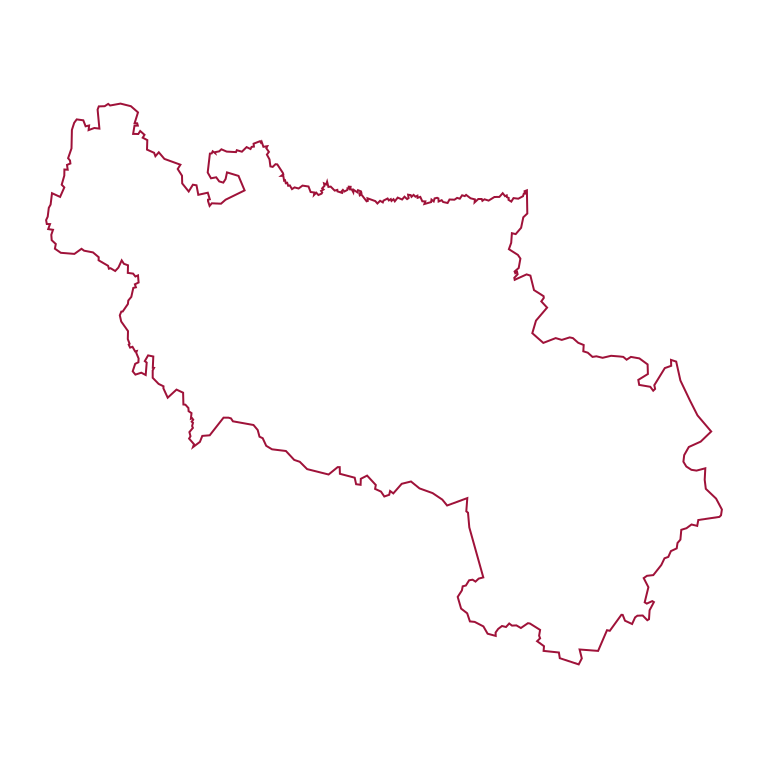 the district of Pueblo Nuevo, Córdoba, Colombia
{"feature_id": "7082276B76767712756641", "entity_name": "Pueblo Nuevo", "entity_type": "district", "adm_level": 2, "iso_a3": "COL", "parent_name": "Colombia", "parent_adm1": "Córdoba", "projection": "robinson", "projection_center": [-75.437, 8.472], "detail": "fine", "context": "isolated", "style": "outline", "palette": "rose", "viewbox_px": 768, "rotation_deg": 0, "n_neighbors": 0, "source": "geoboundaries", "source_scale": "gbopen_adm2", "svg_char_len": 6085}
<svg xmlns="http://www.w3.org/2000/svg" viewBox="0 0 768 768"><path d="M721.9,509.5L716.1,498.6L705.8,488.8L704.7,479.8L705.3,468.3L696.5,470.6L691.4,469.8L686.3,466.5L683.4,461.7L684.2,455.1L688.8,447.0L700.7,441.6L711.2,431.5L697.5,415.4L689.9,400.4L680.4,380.5L676.2,361.6L671.0,359.9L671.2,365.8L664.8,368.1L654.3,385.2L655.1,388.9L653.2,390.7L650.3,386.8L639.2,384.9L638.3,379.9L647.9,374.0L647.6,364.4L639.4,358.4L630.9,356.9L626.6,359.7L623.3,356.9L619.9,356.5L611.1,355.8L602.6,357.8L596.4,356.3L592.5,356.9L587.8,352.7L583.3,351.3L583.7,345.0L578.2,342.8L572.9,338.1L569.7,337.4L561.8,339.9L555.7,338.1L543.3,342.9L532.3,333.2L536.0,320.6L547.1,307.6L541.3,301.4L543.8,297.9L543.6,296.2L534.0,290.1L530.4,275.6L526.6,274.4L514.7,279.8L514.3,277.8L517.6,274.3L517.1,272.0L515.3,273.2L514.6,271.5L518.7,268.0L520.4,258.6L517.9,254.9L508.9,249.2L511.2,242.8L511.9,233.2L515.7,234.1L521.1,227.8L523.3,217.3L527.3,213.5L526.9,190.3L524.6,191.2L525.3,193.6L523.8,193.6L523.0,196.2L518.3,198.7L513.5,198.1L511.3,201.6L508.5,199.8L508.7,198.0L507.0,197.2L506.7,195.4L505.1,196.2L502.7,193.2L499.4,196.9L494.4,197.0L488.6,200.6L484.5,199.3L482.4,200.8L481.7,199.0L478.3,199.0L474.6,202.4L474.9,199.4L470.6,198.3L466.1,194.9L464.8,196.1L462.1,195.3L459.8,198.7L457.1,197.9L454.5,199.7L449.5,199.5L447.6,203.0L443.1,202.0L441.7,200.2L438.6,201.5L438.4,198.4L437.1,197.8L434.6,198.4L433.7,201.4L431.5,199.6L431.1,202.1L424.4,204.0L425.3,201.4L422.3,201.3L420.3,196.9L417.6,197.8L417.4,195.7L415.4,196.7L413.6,194.9L411.5,196.8L410.7,195.1L408.1,194.7L408.6,198.1L407.1,199.1L404.5,196.7L402.1,199.5L397.7,197.6L394.8,201.3L393.5,199.2L391.5,200.9L390.8,199.1L388.8,200.4L387.6,198.5L383.5,200.6L382.8,202.4L380.1,200.8L377.4,203.5L375.3,201.1L367.5,198.3L367.8,200.9L366.6,201.3L361.4,194.5L359.8,195.4L359.3,193.3L361.4,192.9L361.0,191.4L358.0,190.2L357.3,192.3L353.6,189.8L353.3,192.3L351.8,189.5L350.2,189.4L350.6,186.8L348.8,186.7L348.9,188.6L347.5,188.3L347.3,190.0L344.4,191.5L342.9,189.9L341.2,191.8L343.0,193.2L337.5,191.4L337.3,189.9L334.7,190.6L330.7,186.6L328.4,186.9L327.1,181.7L326.2,184.4L324.0,183.4L324.5,185.8L322.2,188.3L323.5,189.5L321.1,190.9L322.2,192.6L321.5,193.7L318.4,195.0L316.3,192.7L314.0,195.0L314.4,192.5L310.6,192.0L308.5,186.5L302.5,185.6L298.6,188.5L294.6,187.4L292.0,189.1L289.8,185.4L288.2,185.8L287.2,182.8L284.9,183.5L285.9,183.0L285.0,180.2L284.1,180.6L283.3,175.9L281.2,175.9L283.3,174.3L282.9,173.0L277.3,164.4L275.5,164.2L272.7,166.9L270.4,166.4L269.5,159.4L266.9,154.6L268.9,151.9L266.3,148.2L267.3,146.2L263.4,146.8L261.6,141.6L260.9,142.6L260.0,141.2L253.6,143.7L253.9,146.6L251.6,146.9L250.5,149.0L246.6,147.1L241.9,151.7L236.8,150.2L236.0,152.1L226.7,151.6L221.4,149.3L219.1,151.4L214.8,152.2L215.1,153.1L212.7,151.3L211.7,153.4L209.9,153.6L207.7,172.5L211.0,178.3L216.2,177.3L219.2,181.4L223.3,182.6L225.6,179.0L227.0,172.4L238.5,175.9L244.6,190.4L225.6,199.7L221.0,203.7L211.8,203.3L209.6,205.9L208.0,201.0L208.0,199.7L209.8,199.3L207.8,192.7L198.3,194.8L196.5,185.3L192.9,184.7L188.7,191.5L182.2,183.4L182.0,175.7L177.7,169.0L180.4,164.7L164.4,158.9L158.8,152.3L155.4,156.2L154.1,152.8L147.0,149.6L147.3,140.1L142.7,137.7L144.5,134.8L140.2,131.0L138.3,134.0L133.1,133.9L134.5,125.7L137.8,125.6L137.2,123.3L134.6,123.2L138.0,112.4L130.9,106.2L120.5,103.6L110.1,105.5L108.2,103.9L104.7,106.2L98.8,106.4L97.6,109.6L99.4,128.6L94.3,128.0L88.6,130.1L89.1,125.5L85.6,126.3L83.3,120.3L76.7,119.4L74.2,122.8L71.9,129.9L71.5,148.4L68.1,158.2L70.0,160.5L70.4,163.5L67.0,164.9L67.7,169.7L64.4,169.5L64.3,175.6L61.7,184.7L64.3,187.4L60.1,196.9L52.0,193.2L50.6,204.6L48.8,207.8L47.7,216.7L46.1,220.1L46.8,224.0L50.0,224.1L48.2,229.1L53.0,229.8L51.3,234.8L51.7,240.2L55.8,244.0L54.9,248.7L60.8,252.8L74.4,253.9L81.5,248.8L84.1,250.7L93.0,252.4L98.7,257.2L98.6,260.3L108.1,265.8L108.9,268.7L110.5,268.2L115.2,271.0L118.4,267.6L121.7,260.4L123.9,263.8L128.0,265.3L127.8,272.9L133.1,273.6L135.4,276.5L138.0,275.4L138.6,282.5L134.9,284.3L135.9,287.3L133.3,287.9L131.3,296.9L128.3,300.5L127.9,304.0L122.7,311.5L121.3,311.6L119.8,315.3L121.2,321.5L128.0,331.1L127.8,339.1L129.6,343.8L128.7,344.6L130.1,347.6L132.5,346.8L135.1,351.4L136.8,351.0L136.2,352.7L138.6,358.5L138.4,362.3L135.2,363.8L132.7,371.3L135.4,374.6L141.3,372.7L145.7,375.0L146.7,362.6L144.8,361.1L148.1,355.4L153.3,356.5L152.8,367.8L154.0,367.9L152.7,370.4L152.7,377.8L158.6,383.9L163.5,386.3L163.4,388.3L167.7,397.7L176.5,389.6L183.1,392.7L183.4,404.5L185.4,404.7L188.4,408.0L188.6,411.2L191.5,413.1L190.9,418.7L192.1,418.2L193.2,419.7L191.7,421.7L193.0,422.8L192.1,426.0L192.9,427.9L189.4,432.1L190.5,436.2L189.1,438.6L194.0,444.2L193.0,447.1L199.9,441.9L202.3,435.9L209.7,435.3L223.5,417.7L228.6,417.7L231.0,418.4L232.9,421.3L253.5,425.0L257.7,430.0L259.5,436.7L262.7,438.2L266.2,445.8L272.0,449.3L285.9,451.0L294.2,459.9L299.8,461.8L307.1,469.1L328.6,474.5L337.7,467.1L339.7,467.1L339.9,473.8L354.7,477.7L356.1,484.2L360.6,484.8L360.8,478.8L367.1,475.6L375.8,485.0L375.1,488.9L381.0,491.6L384.3,496.5L389.2,494.8L390.1,491.0L393.3,493.4L401.7,483.8L411.0,481.5L419.5,488.4L432.6,493.1L442.3,499.6L447.1,505.5L467.3,498.1L466.3,511.3L468.0,512.7L469.3,527.4L483.3,577.4L478.7,578.6L475.5,581.6L472.6,579.7L469.1,580.3L465.9,585.5L462.7,586.3L461.9,590.4L457.7,596.9L461.1,608.6L467.2,613.3L469.9,621.4L474.7,621.9L483.4,626.4L487.6,633.7L495.7,635.9L495.6,632.5L498.2,628.9L502.0,626.0L506.0,627.0L509.2,623.5L512.0,625.6L516.4,625.4L520.9,628.0L527.9,623.2L529.9,623.5L540.1,629.9L539.1,635.7L540.1,638.3L537.1,641.2L544.0,646.2L543.6,650.9L558.9,652.5L559.8,658.2L578.7,664.4L581.8,658.4L579.6,649.5L598.1,650.9L607.0,630.2L609.8,630.8L621.4,614.8L622.7,614.9L625.0,620.7L632.1,624.0L635.1,617.4L637.4,615.7L642.7,615.5L647.3,620.2L649.0,619.2L649.6,610.2L653.9,602.1L652.2,601.1L646.8,603.6L644.7,602.3L648.4,587.2L643.7,578.1L647.0,575.8L653.3,575.1L661.3,565.0L664.5,558.3L668.3,556.9L670.9,551.1L676.7,548.4L677.5,543.0L680.4,539.6L681.3,529.8L686.5,528.2L691.5,524.5L697.2,525.9L698.3,520.0L719.4,516.9L721.0,515.3L721.9,509.5Z" fill="none" stroke="#9f1239" stroke-width="2"/></svg>